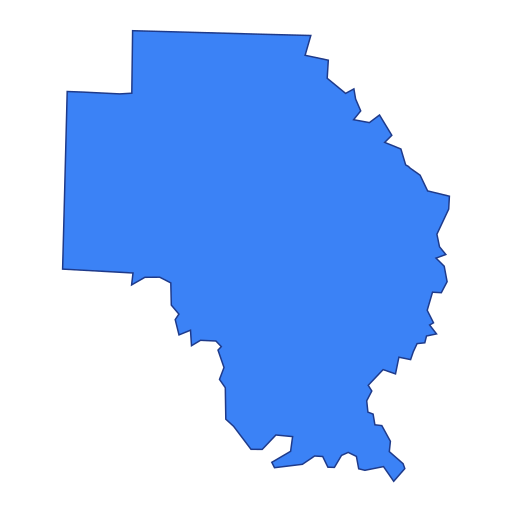 outline of Arkansas, Arkansas, United States of America
{"feature_id": "52423323B37981066335759", "entity_name": "Arkansas", "entity_type": "district", "adm_level": 2, "iso_a3": "USA", "parent_name": "United States of America", "parent_adm1": "Arkansas", "projection": "orthographic", "projection_center": [-91.279, 34.253], "detail": "fine", "context": "isolated", "style": "filled", "palette": "blue", "viewbox_px": 512, "rotation_deg": 0, "n_neighbors": 0, "source": "geoboundaries", "source_scale": "gbopen_adm2", "svg_char_len": 1337}
<svg xmlns="http://www.w3.org/2000/svg" viewBox="0 0 512 512"><path d="M67.2,91.5L64.0,216.4L62.6,269.1L133.0,273.0L131.6,284.9L144.9,277.3L159.7,277.2L170.8,282.9L171.3,305.1L178.9,314.1L175.2,319.6L179.0,334.9L190.5,330.2L191.5,345.7L200.5,340.3L215.9,341.0L221.3,346.6L218.0,350.1L224.0,367.5L219.5,379.4L225.3,387.7L225.8,419.2L233.6,426.3L251.0,449.3L262.2,449.4L275.9,435.0L292.6,436.6L290.6,451.3L271.8,462.3L274.5,467.7L302.4,464.3L314.6,456.0L322.7,456.5L327.9,467.2L334.4,467.4L341.5,455.4L348.2,452.4L356.4,456.4L358.7,468.8L364.9,470.3L383.5,466.6L393.7,481.3L404.8,468.6L403.1,463.7L389.3,451.6L390.4,441.3L381.8,425.6L374.9,424.8L373.1,414.1L367.9,412.1L366.7,400.8L371.8,391.0L368.2,385.3L383.1,369.6L395.5,373.9L398.9,357.2L410.6,359.6L413.3,351.7L417.1,343.6L424.8,342.8L426.5,336.0L436.5,333.9L429.6,325.0L433.5,322.8L427.2,310.3L432.5,292.2L441.3,292.7L447.1,281.7L444.2,266.2L436.0,258.1L445.8,254.5L439.5,246.8L436.9,234.2L448.7,209.1L449.4,196.2L427.6,190.9L420.1,175.2L410.2,168.2L408.8,166.8L407.9,166.1L405.9,165.1L405.5,164.4L400.9,149.0L384.7,142.4L391.8,135.3L379.5,115.0L369.4,122.6L353.6,119.7L360.7,110.9L355.6,99.0L353.9,88.9L345.6,93.4L327.2,78.3L328.3,60.2L305.1,55.3L310.8,35.5L260.0,34.2L132.6,30.7L131.8,93.2L119.7,93.9L83.2,92.1L67.2,91.5Z" fill="#3b82f6" stroke="#1e3a8a" stroke-width="1.5"/></svg>